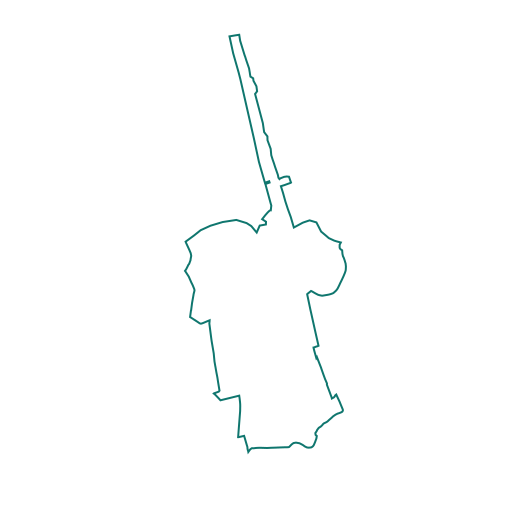 the district of Darasti-Ilfov, Giurgiu, Romania, rotated 136°
{"feature_id": "2599482B23648906177266", "entity_name": "Darasti-Ilfov", "entity_type": "district", "adm_level": 2, "iso_a3": "ROU", "parent_name": "Romania", "parent_adm1": "Giurgiu", "projection": "albers", "projection_center": [26.019, 44.304], "detail": "fine", "context": "isolated", "style": "outline", "palette": "teal", "viewbox_px": 512, "rotation_deg": 136, "n_neighbors": 0, "source": "geoboundaries", "source_scale": "gbopen_adm2", "svg_char_len": 4050}
<svg xmlns="http://www.w3.org/2000/svg" viewBox="0 0 512 512"><g transform="rotate(136 256 256)"><path d="M122.5,432.4L131.6,417.7L141.0,400.1L144.4,394.1L161.5,365.8L174.9,343.6L176.3,341.3L188.5,321.7L191.6,315.9L197.6,304.6L198.7,302.5L194.6,300.6L195.2,299.4L199.1,301.2L199.3,301.3L199.6,300.6L204.6,291.5L208.5,284.4L210.0,281.6L213.5,278.7L213.6,278.9L215.2,279.2L217.3,279.2L220.9,278.9L226.0,278.2L225.5,276.0L225.0,273.7L227.0,271.8L232.2,275.3L239.2,272.4L238.6,280.8L239.9,286.2L245.1,295.6L256.4,303.6L267.7,309.4L277.9,313.0L286.3,313.8L296.7,315.2L297.3,313.7L299.7,306.8L301.0,303.4L302.5,301.1L305.3,299.1L306.0,298.5L309.5,296.8L310.2,296.7L310.9,296.6L311.4,296.4L313.6,295.6L315.4,295.0L315.7,294.9L316.9,294.7L317.4,294.6L317.4,294.4L318.7,287.8L318.8,287.6L321.1,281.4L321.1,281.2L321.9,278.8L323.3,275.3L324.0,274.1L325.1,273.3L325.8,272.9L327.4,271.9L328.3,271.2L334.1,267.0L334.4,266.8L340.4,262.0L340.6,262.0L345.8,257.9L343.7,248.8L343.5,247.7L343.2,246.5L342.9,245.9L342.2,245.3L340.5,244.5L334.0,242.0L334.4,241.6L336.5,239.8L345.8,227.3L347.3,225.2L354.0,215.4L359.1,209.0L361.9,204.9L362.0,204.7L363.3,202.8L365.4,199.7L367.6,196.3L368.4,195.1L371.1,191.3L375.8,184.5L377.0,184.3L379.3,185.3L381.4,186.3L381.7,186.4L381.9,186.4L381.8,186.0L381.7,184.7L381.7,183.8L381.7,182.5L381.7,181.8L381.7,181.3L381.7,180.2L381.8,176.9L365.1,167.2L366.9,164.7L368.9,162.1L370.3,160.4L371.6,159.0L375.1,155.5L377.8,153.1L387.4,144.6L394.7,138.1L394.4,137.8L389.5,134.9L391.0,132.0L393.9,126.5L394.6,125.1L394.8,124.7L396.1,123.1L396.8,121.9L397.4,120.7L397.6,120.4L395.2,120.8L394.6,120.9L393.5,120.8L392.5,120.6L391.1,119.2L389.2,117.8L386.8,115.7L385.4,114.3L381.4,110.2L378.3,107.5L375.2,104.7L371.6,101.5L368.6,98.8L367.6,97.9L365.7,96.1L364.8,95.6L361.2,95.7L359.0,95.4L356.9,94.0L354.8,91.1L354.0,88.8L353.5,87.1L353.2,85.2L352.4,83.0L351.6,81.9L350.4,80.8L349.1,79.9L348.2,79.7L347.2,79.6L345.9,79.8L343.0,81.0L339.3,82.8L337.3,84.3L337.4,85.9L336.3,87.4L334.0,87.9L332.8,88.4L331.5,88.6L330.2,88.8L327.9,88.3L325.8,88.3L324.6,88.5L323.2,88.4L321.6,87.8L320.5,87.5L319.3,87.3L317.4,87.3L315.6,87.2L314.0,87.1L311.9,87.1L308.9,86.6L307.7,86.2L306.9,86.0L306.0,85.5L304.4,84.8L303.4,84.4L302.3,84.1L301.8,84.1L301.3,84.3L300.7,84.6L300.2,85.3L298.2,90.4L297.1,93.1L295.4,98.1L294.5,100.6L295.9,100.7L296.9,100.3L298.2,100.2L300.4,100.8L299.9,101.6L298.9,103.9L297.7,106.6L294.4,114.2L293.5,115.0L291.8,119.5L289.9,123.8L287.1,129.9L286.9,130.2L286.2,131.9L283.5,138.4L282.4,141.0L283.5,140.7L280.0,147.2L278.5,149.8L278.2,150.2L277.8,149.9L275.8,149.1L274.3,148.3L273.7,148.1L273.4,148.0L266.5,159.4L254.7,178.7L254.6,178.9L245.8,192.9L245.7,193.0L244.9,193.0L240.7,192.6L240.3,191.6L239.3,188.0L238.3,185.0L237.6,183.8L236.4,182.0L235.8,181.3L235.2,180.9L232.0,178.7L230.5,177.7L228.7,176.7L226.9,175.9L226.0,175.6L223.4,175.5L222.2,175.5L220.3,175.8L219.3,176.1L216.5,177.1L214.5,177.9L210.6,179.3L207.0,180.7L205.4,181.4L203.8,182.1L201.7,183.2L200.7,184.0L198.6,186.0L196.8,188.3L196.3,189.3L195.1,191.6L194.1,193.8L193.6,195.4L193.0,196.4L192.4,197.4L191.5,198.5L190.6,199.6L190.1,200.2L190.1,200.5L190.2,201.1L190.4,201.5L190.5,202.2L190.3,203.4L189.8,204.2L188.1,205.9L187.8,206.1L186.7,206.4L185.6,206.8L185.8,207.1L186.5,208.3L187.9,210.6L188.7,212.1L189.0,212.6L191.2,218.3L191.5,221.7L192.2,228.3L189.2,238.2L192.7,244.4L197.5,246.7L199.3,247.5L209.0,250.2L203.9,259.9L200.5,267.6L197.0,274.8L196.5,275.7L192.7,282.7L190.2,287.7L189.6,288.9L186.2,287.2L182.6,285.6L180.4,284.6L179.8,284.5L179.0,286.3L177.2,290.1L178.6,291.8L180.8,293.4L183.7,294.6L184.7,295.0L185.7,295.0L185.5,296.7L183.9,299.2L180.3,307.0L178.7,310.2L177.1,313.7L175.0,317.9L171.0,322.9L167.3,331.3L164.7,334.1L164.1,339.4L162.7,341.4L158.8,346.8L144.1,373.2L140.8,373.7L137.8,377.8L136.1,383.8L134.6,385.8L135.4,388.9L134.2,390.7L132.9,392.5L131.6,394.4L131.2,395.0L130.7,395.7L127.1,403.4L125.1,407.4L125.0,407.8L124.2,409.4L117.9,421.8L114.4,426.8L117.8,429.2L122.2,432.2L122.5,432.4Z" fill="none" stroke="#0f766e" stroke-width="2"/></g></svg>